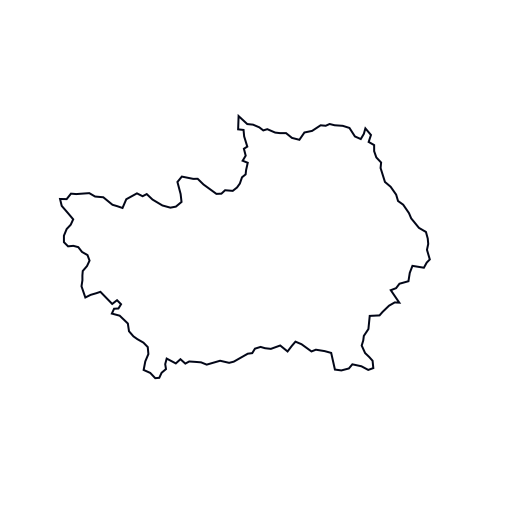 Boqueirão do Leão, Rio Grande do Sul, Brazil (Equal Earth projection), rotated 145°
{"feature_id": "56859067B66927838665676", "entity_name": "Boqueirão do Leão", "entity_type": "district", "adm_level": 2, "iso_a3": "BRA", "parent_name": "Brazil", "parent_adm1": "Rio Grande do Sul", "projection": "equal_earth", "projection_center": [-52.406, -29.305], "detail": "fine", "context": "isolated", "style": "outline", "palette": "ink", "viewbox_px": 512, "rotation_deg": 145, "n_neighbors": 0, "source": "geoboundaries", "source_scale": "gbopen_adm2", "svg_char_len": 2401}
<svg xmlns="http://www.w3.org/2000/svg" viewBox="0 0 512 512"><g transform="rotate(145 256 256)"><path d="M139.7,154.0L133.5,158.2L125.2,150.1L119.9,152.7L115.6,153.5L112.4,163.0L108.0,167.1L105.3,171.8L103.0,178.2L106.4,185.6L107.3,197.8L106.1,203.4L106.0,213.6L108.1,219.6L106.0,225.9L106.0,235.5L107.9,242.7L103.5,256.6L99.9,260.8L100.9,267.7L99.1,274.1L95.6,279.1L98.3,284.8L92.4,289.2L93.2,297.8L97.6,294.2L103.1,291.7L106.4,297.2L106.0,307.3L110.3,312.9L116.6,318.0L120.0,321.9L124.2,322.7L128.1,326.0L138.3,326.3L145.5,329.4L153.8,326.3L158.8,332.1L160.9,339.4L166.0,343.0L169.5,346.1L174.0,353.4L178.0,354.7L179.5,359.5L183.1,365.3L187.5,369.1L190.0,380.6L198.0,370.0L193.9,366.4L197.1,360.8L200.4,350.6L204.4,350.8L206.9,344.1L212.3,341.7L209.3,337.1L214.8,332.1L217.7,328.8L222.3,328.5L227.7,324.6L232.3,323.0L237.7,322.7L243.6,327.6L248.6,326.9L252.8,329.6L258.0,344.7L259.5,352.7L263.2,355.2L271.2,363.6L277.9,361.7L282.2,350.0L286.0,343.0L293.3,342.4L298.4,344.7L303.7,351.1L308.4,361.6L310.0,369.4L314.6,370.0L317.6,375.6L329.7,376.9L337.8,371.9L341.1,376.4L344.2,380.3L347.4,391.7L353.7,397.0L356.5,403.1L360.3,405.4L367.7,409.8L371.8,413.2L378.5,411.2L383.8,415.1L386.4,408.5L385.4,398.7L384.7,390.9L389.8,387.9L395.6,386.7L401.7,382.8L405.4,377.5L404.4,371.7L399.8,369.1L396.5,365.2L396.2,359.1L393.5,353.4L395.0,347.7L400.2,344.7L406.5,343.1L409.4,339.6L412.1,335.7L416.3,331.3L418.1,325.1L419.6,319.9L413.7,319.0L408.1,317.1L404.0,315.9L401.3,299.2L395.2,299.5L394.2,293.9L398.8,291.9L402.5,294.2L407.1,291.5L401.9,285.3L399.7,274.2L403.2,267.2L402.5,260.5L400.9,256.0L397.9,249.6L396.9,243.5L400.4,237.4L407.1,233.2L413.4,227.1L409.7,220.9L408.6,213.7L405.1,211.7L400.3,214.5L394.6,215.0L392.4,219.5L388.0,223.2L383.3,214.0L377.1,214.8L375.6,208.4L371.2,207.9L366.6,204.2L362.0,200.4L358.7,195.3L350.8,192.6L345.5,190.8L339.3,183.9L334.8,182.2L318.8,180.7L314.8,178.6L310.0,180.7L304.4,178.9L301.5,175.3L297.1,171.4L287.5,168.8L284.9,159.7L278.3,161.8L272.8,163.2L269.3,157.6L265.3,146.0L260.7,144.9L254.3,138.7L250.0,133.5L256.5,117.7L251.7,113.3L244.4,110.6L239.2,112.0L232.9,105.2L229.4,98.3L224.2,96.9L220.6,103.3L221.2,108.4L222.3,113.9L220.8,122.0L216.6,125.3L213.5,128.7L205.8,131.7L197.2,141.7L188.9,136.5L184.4,137.6L175.5,139.0L169.0,138.4L165.4,135.6L165.2,150.7L159.7,149.3L154.4,151.0L145.6,147.9L139.7,154.0Z" fill="none" stroke="#020617" stroke-width="2"/></g></svg>